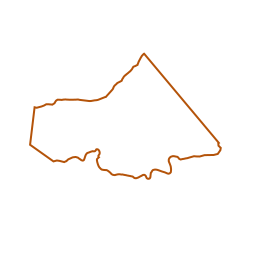 the district of Le Riche, Choiseul, Saint Lucia, rotated 35°
{"feature_id": "8701671B41472866915589", "entity_name": "Le Riche", "entity_type": "district", "adm_level": 2, "iso_a3": "LCA", "parent_name": "Saint Lucia", "parent_adm1": "Choiseul", "projection": "orthographic", "projection_center": [-61.048, 13.784], "detail": "fine", "context": "isolated", "style": "outline", "palette": "amber", "viewbox_px": 256, "rotation_deg": 35, "n_neighbors": 0, "source": "geoboundaries", "source_scale": "gbopen_adm2", "svg_char_len": 5562}
<svg xmlns="http://www.w3.org/2000/svg" viewBox="0 0 256 256"><g transform="rotate(35 128 128)"><path d="M187.6,123.9L187.8,123.9L189.2,123.6L189.8,122.9L190.7,121.9L191.1,121.6L193.0,119.5L193.8,118.8L195.2,117.0L198.3,113.2L198.9,112.9L201.1,111.6L202.5,110.6L203.0,110.3L204.0,109.1L206.3,106.3L213.6,101.0L216.4,97.8L216.4,93.3L216.1,92.6L215.4,91.1L212.3,90.6L210.7,88.7L210.8,88.3L210.9,88.1L98.6,57.9L98.4,58.2L98.3,59.0L98.2,59.5L98.1,60.1L98.1,60.5L98.0,61.0L98.0,61.4L98.1,61.9L98.1,62.5L98.2,63.4L98.2,63.7L98.3,64.4L98.4,64.9L98.4,65.2L98.5,65.9L98.6,66.6L98.7,67.4L98.8,67.9L98.9,68.2L99.0,68.7L99.1,68.9L99.2,69.6L99.3,69.9L99.4,70.3L99.6,70.8L98.4,73.1L97.3,74.7L97.3,75.7L97.4,76.4L97.5,77.1L97.5,77.6L97.5,78.0L97.4,78.7L97.4,79.3L97.3,79.8L97.2,80.3L97.1,80.6L97.1,80.9L97.0,81.2L96.8,81.7L96.7,82.2L96.6,82.7L96.4,83.3L96.3,83.8L96.1,84.3L96.0,84.6L96.0,84.8L95.8,85.3L95.8,85.7L95.7,85.8L95.6,86.2L95.5,86.4L95.5,86.7L95.4,86.9L95.3,87.6L95.2,87.9L95.2,88.4L95.2,89.1L95.3,89.7L95.3,90.3L95.3,90.7L95.3,90.9L95.4,91.7L95.5,92.0L95.7,93.0L94.8,94.8L93.6,97.0L93.4,97.5L93.3,98.1L93.3,98.7L93.1,99.3L92.9,100.1L92.8,100.8L92.7,101.0L92.7,101.6L92.7,101.8L92.7,102.1L92.8,102.5L92.8,102.9L92.8,103.1L93.0,103.6L93.1,104.0L93.2,104.5L93.2,105.0L93.2,105.4L93.2,105.6L92.0,115.4L91.7,115.6L91.5,115.8L87.4,122.0L86.9,122.6L86.5,123.0L86.0,123.5L84.9,124.4L84.0,125.3L82.4,126.9L82.0,127.3L81.8,127.4L81.4,127.7L81.2,127.9L80.8,128.1L80.5,128.3L72.8,132.4L71.8,132.9L71.2,133.1L70.8,133.3L70.4,133.6L70.1,133.8L69.8,134.1L69.5,134.3L68.6,135.0L65.6,137.2L65.0,137.6L63.7,138.5L61.3,140.0L60.5,140.4L59.8,141.0L59.0,141.6L58.9,141.7L58.4,142.3L58.0,142.5L57.7,142.9L57.2,143.3L56.9,143.4L56.7,143.5L56.4,143.7L56.1,143.9L55.6,144.2L55.0,144.6L54.5,144.9L54.0,145.3L53.4,146.9L53.4,148.1L53.5,149.0L53.6,149.8L53.3,150.6L53.0,151.3L52.6,152.3L51.6,152.8L50.1,153.7L49.6,153.9L47.4,155.5L46.3,157.8L44.8,160.0L43.1,162.0L41.6,163.8L39.6,164.6L57.4,197.9L86.1,198.1L88.4,195.4L90.8,194.2L95.3,192.5L96.3,190.7L96.4,191.1L96.8,189.1L96.8,188.8L96.9,188.5L97.0,188.1L97.7,186.8L98.0,186.4L99.0,184.6L99.6,183.7L100.0,183.3L100.5,182.9L100.9,182.5L101.1,182.3L101.7,181.8L102.2,181.6L102.5,181.5L103.2,181.3L103.3,181.2L104.1,181.0L105.4,181.1L105.8,181.1L106.5,181.1L107.0,181.0L107.4,181.1L107.7,181.1L108.3,181.1L108.5,181.0L109.1,180.9L109.7,180.6L110.0,180.2L110.2,179.6L110.2,179.3L110.1,179.0L110.0,178.5L109.9,178.0L109.8,177.7L109.6,177.1L109.4,176.5L109.3,176.0L109.1,175.4L108.9,174.8L108.9,174.5L108.8,174.0L108.8,173.5L108.8,172.9L108.9,172.4L109.0,171.8L109.4,171.3L109.7,170.9L110.2,170.2L110.7,169.4L111.4,168.4L112.0,167.7L112.3,167.3L112.8,167.1L113.2,166.8L113.7,166.5L113.8,166.4L114.1,166.1L114.3,165.7L114.4,164.9L114.4,164.3L114.3,164.1L114.3,163.7L114.5,163.4L114.8,163.2L115.1,163.0L115.5,162.9L115.8,162.8L116.1,162.9L116.4,162.9L116.7,162.9L117.1,163.1L117.6,163.3L117.9,163.5L118.2,163.7L118.4,163.9L118.7,164.2L119.0,164.5L119.3,165.0L119.5,165.4L119.6,165.9L119.6,166.4L119.6,167.3L119.7,167.8L120.0,168.2L120.3,168.5L120.6,168.8L120.9,168.8L120.8,169.2L120.6,170.3L120.5,170.8L120.5,171.1L120.5,171.4L120.6,171.6L120.8,171.9L120.9,172.1L121.5,172.7L122.4,173.6L122.9,174.0L123.4,174.4L123.7,174.6L124.1,175.0L124.5,175.2L124.8,175.4L125.0,175.6L125.3,175.8L125.6,175.9L125.7,176.0L126.4,176.4L126.7,176.5L127.0,176.6L127.3,176.7L127.6,176.8L128.0,176.8L128.4,176.9L128.7,177.0L129.1,177.1L129.5,177.1L129.9,177.1L130.0,177.1L130.4,177.1L130.7,176.9L131.1,176.8L132.1,176.3L132.8,175.9L133.5,175.5L133.9,175.2L134.6,174.8L135.1,174.7L135.5,174.6L136.0,174.6L136.5,174.6L137.0,174.6L138.6,174.7L139.1,174.8L139.8,174.9L140.2,175.0L140.8,175.2L141.2,175.2L142.0,175.1L142.5,175.0L142.8,174.9L143.1,174.7L143.6,174.5L144.4,174.0L144.7,173.5L145.0,173.2L145.5,172.6L146.0,172.0L146.3,171.8L146.8,171.3L147.1,171.1L147.4,170.9L147.7,170.7L148.2,170.4L148.7,170.2L149.3,169.9L150.2,169.2L151.0,168.9L152.6,168.2L153.6,167.7L154.5,167.4L155.3,167.0L156.5,166.5L157.0,166.2L157.8,165.9L158.2,165.8L158.9,165.4L159.4,165.2L159.8,165.1L160.0,165.1L160.6,165.2L161.0,165.2L161.8,165.3L162.4,165.1L162.7,165.0L162.9,164.8L163.4,164.5L163.6,164.3L163.8,164.1L164.1,163.7L164.3,163.4L164.6,163.0L165.0,162.3L165.5,161.3L165.9,160.4L166.4,159.6L166.6,159.3L166.8,158.6L167.2,157.9L167.6,157.5L167.8,157.4L168.1,157.1L168.3,157.0L168.7,156.9L168.9,156.9L169.2,156.9L169.4,157.0L169.6,157.0L169.8,157.0L170.0,157.1L170.4,157.3L170.6,157.4L170.8,157.6L171.2,157.8L171.8,158.1L172.1,158.3L172.5,158.3L172.9,158.3L173.3,158.2L173.9,157.9L174.3,157.3L174.6,157.1L174.7,156.5L174.6,155.7L174.4,155.2L174.1,154.7L173.7,154.0L173.4,153.4L173.1,152.9L172.8,152.3L172.6,152.0L172.5,151.8L172.5,151.2L172.5,150.2L172.4,149.5L172.4,148.9L172.5,148.4L172.7,147.9L173.1,147.5L173.8,146.7L174.5,146.2L175.7,145.6L176.9,145.2L178.7,144.7L180.9,144.1L183.6,143.2L185.0,142.9L186.1,142.7L186.4,142.6L187.0,142.4L187.6,142.0L187.9,141.6L188.2,141.1L188.3,140.6L188.4,140.1L188.4,139.6L188.2,139.2L187.9,138.7L187.6,138.1L187.2,137.5L186.8,136.9L186.4,136.5L186.0,136.1L185.6,135.5L185.1,135.1L184.7,134.7L182.5,133.2L182.2,133.0L181.5,132.6L180.7,132.0L180.3,131.7L180.1,131.3L179.8,130.9L179.6,130.6L179.4,130.2L179.3,129.8L179.2,129.1L179.2,128.8L179.3,128.4L179.3,128.1L179.4,127.6L179.4,127.4L179.6,127.0L179.8,126.7L180.2,126.2L180.4,125.9L180.6,125.6L180.9,125.4L181.5,124.9L182.1,124.6L182.5,124.4L182.8,124.3L183.2,124.1L183.5,124.0L185.0,123.3L185.4,123.3L186.4,123.5L187.1,123.7L187.6,123.9Z" fill="none" stroke="#b45309" stroke-width="2"/></g></svg>